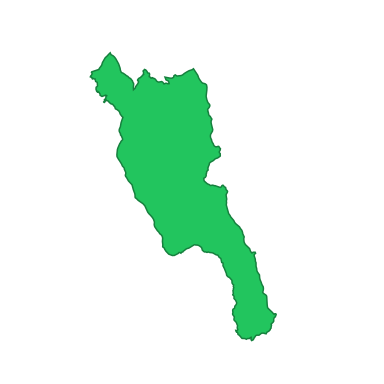 outline of North Pentecost, Penama, Vanuatu, rotated 157°
{"feature_id": "77236927B73444068942664", "entity_name": "North Pentecost", "entity_type": "district", "adm_level": 2, "iso_a3": "VUT", "parent_name": "Vanuatu", "parent_adm1": "Penama", "projection": "natural_earth1", "projection_center": [168.162, -15.542], "detail": "fine", "context": "isolated", "style": "filled", "palette": "green", "viewbox_px": 384, "rotation_deg": 157, "n_neighbors": 0, "source": "geoboundaries", "source_scale": "gbopen_adm2", "svg_char_len": 6057}
<svg xmlns="http://www.w3.org/2000/svg" viewBox="0 0 384 384"><g transform="rotate(157 192 192)"><path d="M240.6,337.7L239.7,336.8L239.5,335.1L238.8,335.4L238.3,334.6L237.6,334.1L237.1,334.0L237.5,331.4L236.4,330.0L237.5,326.6L238.0,326.2L239.3,325.9L240.2,324.1L240.4,322.0L239.9,320.7L239.5,320.5L239.2,321.0L238.6,319.8L238.4,318.1L238.8,316.9L237.5,315.1L233.7,314.9L232.8,314.1L232.8,313.9L234.0,313.4L234.6,312.1L235.3,311.6L236.5,311.3L236.8,310.1L238.1,309.4L238.0,309.0L237.8,308.7L237.3,308.8L236.6,309.4L236.1,309.6L235.4,310.5L235.1,310.5L234.9,309.5L234.1,309.0L233.4,308.0L233.2,306.8L232.0,304.6L230.8,303.9L230.2,301.6L229.8,300.7L230.0,298.5L228.7,297.0L227.7,295.1L227.5,294.1L227.6,291.5L226.9,288.8L226.4,287.8L230.2,283.5L232.5,280.0L234.4,278.2L235.0,277.1L235.3,276.0L235.1,273.3L235.5,272.6L235.1,271.2L235.1,268.4L235.3,267.6L235.7,267.1L237.5,266.4L238.3,265.6L239.7,264.7L243.1,261.4L244.1,260.2L245.8,257.1L246.6,255.6L247.2,253.8L246.8,250.4L246.5,249.2L245.9,245.3L245.9,243.0L245.1,241.0L245.1,240.2L245.4,239.4L245.3,236.2L245.8,234.7L246.8,233.6L247.0,232.2L246.6,231.0L246.2,227.1L244.4,222.1L245.1,217.0L245.3,212.7L245.9,210.7L246.4,209.6L246.4,208.7L245.8,207.9L244.8,205.3L241.7,200.4L240.8,197.7L240.6,190.7L240.1,188.7L239.3,186.8L238.4,183.9L238.1,181.8L238.3,179.1L239.6,176.6L239.9,174.7L239.0,170.0L238.2,168.0L238.0,166.2L237.3,165.1L236.8,163.6L236.8,162.3L237.1,160.9L238.6,157.9L239.5,154.8L240.3,153.3L240.3,152.6L239.5,151.5L239.5,149.9L239.1,147.6L237.7,143.9L234.9,141.2L233.0,140.5L228.8,140.8L227.8,141.4L227.3,141.3L226.1,140.0L225.6,140.6L223.8,140.4L223.4,140.8L219.2,141.9L216.8,141.6L210.9,142.5L210.3,142.5L209.2,141.7L207.8,141.1L206.4,139.8L205.4,138.1L204.9,137.0L205.2,134.2L204.8,133.9L204.7,133.1L204.0,132.0L202.8,131.5L201.8,130.5L200.5,130.5L199.4,129.4L197.2,128.2L196.5,127.6L194.3,124.7L192.9,123.8L192.5,121.2L191.5,119.7L191.5,119.1L192.2,115.5L191.3,114.7L191.4,113.9L192.3,112.0L192.1,109.3L192.2,103.6L192.6,102.0L192.3,100.5L191.8,99.6L190.9,98.6L189.8,95.2L189.9,94.7L190.7,92.6L190.5,91.2L190.0,90.2L190.9,88.9L190.9,87.6L191.7,86.9L192.1,85.8L192.8,85.3L193.7,82.2L194.6,81.6L194.6,81.1L194.1,79.9L194.1,79.2L194.9,77.8L194.9,77.3L194.2,75.5L194.1,72.8L194.7,71.7L195.2,71.2L197.1,70.2L198.4,68.3L200.0,68.1L200.6,67.5L201.0,66.7L201.3,65.3L202.3,63.9L202.4,63.1L201.8,60.6L203.1,58.5L203.3,57.6L202.2,54.7L202.3,52.7L202.2,51.4L203.5,49.2L203.5,48.0L203.6,47.4L204.0,47.1L205.1,46.7L205.5,47.5L205.8,47.6L205.9,46.4L205.7,45.5L205.0,45.0L205.0,44.1L205.3,43.2L205.1,42.5L204.6,42.0L204.1,40.6L203.2,37.7L200.5,36.4L199.5,35.2L197.9,35.4L196.6,34.7L195.0,35.2L194.3,35.1L195.4,33.0L195.1,31.9L193.2,32.1L192.3,33.0L189.3,34.9L188.3,34.9L186.3,34.0L183.3,34.8L182.4,34.6L180.8,33.9L180.7,33.6L179.2,32.5L177.9,33.6L175.5,33.9L173.8,34.7L173.2,35.5L172.4,35.8L171.9,36.9L170.8,38.4L170.8,39.5L168.3,40.4L167.2,41.2L166.5,43.0L166.0,43.6L165.1,44.4L164.0,44.5L163.4,45.4L162.5,46.1L162.4,46.5L162.4,47.0L162.7,47.3L163.4,47.6L164.1,47.3L164.5,47.9L165.1,49.8L167.5,55.4L167.5,56.5L166.8,59.0L164.1,66.5L164.0,67.4L164.2,68.2L165.8,70.7L166.1,72.0L164.6,74.0L163.9,75.4L163.5,76.9L163.8,79.7L163.6,81.9L163.6,84.7L163.3,86.4L162.3,89.3L163.0,92.7L163.0,94.3L162.3,96.5L162.1,98.5L160.7,101.9L160.7,103.5L160.0,105.4L159.7,108.9L159.3,109.9L158.9,110.3L157.5,110.6L157.4,111.0L157.4,111.9L157.6,112.0L159.0,112.6L159.5,112.7L160.2,112.4L160.8,112.6L161.3,114.5L161.1,117.4L163.4,122.8L163.6,124.7L163.5,126.0L162.6,128.8L161.5,130.3L161.6,133.8L161.2,135.3L161.1,137.3L161.7,139.5L161.9,141.3L164.0,145.5L164.6,147.2L164.7,149.5L166.1,154.0L166.2,155.7L166.7,157.8L165.5,166.7L164.3,168.8L163.9,170.3L162.8,171.9L161.9,175.6L161.5,176.4L160.2,177.4L159.3,178.2L159.0,178.8L159.2,179.7L159.7,180.8L159.3,183.1L160.2,184.1L160.6,185.8L160.9,186.2L161.9,186.2L163.3,185.2L164.3,185.2L168.4,188.9L168.9,189.0L170.2,190.2L172.5,190.8L173.5,192.4L174.4,193.2L175.0,194.2L176.4,197.2L176.4,198.1L175.8,200.0L174.0,200.3L172.9,201.1L172.2,202.1L172.1,203.0L171.2,203.7L170.5,205.1L168.6,205.9L168.0,207.9L166.4,209.6L165.6,210.3L164.7,211.7L163.4,212.2L160.0,212.6L157.5,213.5L155.1,213.3L152.2,213.9L151.8,214.3L151.0,216.4L151.4,217.3L151.3,218.2L151.0,218.6L150.0,219.2L148.9,220.7L149.3,221.9L149.5,223.4L150.0,223.8L151.8,224.0L152.7,224.5L153.4,225.5L153.7,226.4L153.6,228.0L153.9,229.8L153.9,231.2L153.6,232.4L153.7,234.6L153.2,236.4L152.3,237.8L149.4,240.0L148.5,241.4L147.8,246.0L147.3,248.5L146.4,250.3L145.6,250.8L145.2,251.4L145.6,253.4L145.6,254.5L146.2,255.2L146.4,256.6L145.8,259.2L146.1,259.8L145.7,260.2L145.4,261.7L144.9,262.2L143.2,263.1L141.9,264.3L141.6,265.7L142.2,267.4L142.4,268.3L142.3,271.1L141.6,274.6L138.6,279.9L137.3,282.6L136.8,284.9L137.4,286.2L138.8,287.5L139.6,287.9L140.2,289.0L140.7,290.8L141.3,294.0L141.1,297.2L142.5,304.9L144.1,304.5L147.2,304.8L149.5,304.6L152.8,304.1L154.7,303.5L156.3,303.4L160.5,304.6L161.7,306.4L163.3,306.0L163.9,305.0L164.6,304.7L166.0,304.6L167.7,305.4L172.0,308.3L172.1,305.3L170.5,303.6L170.4,302.5L170.7,300.7L171.9,301.0L172.6,301.8L173.7,302.4L175.5,302.4L176.0,304.4L176.7,305.5L179.9,306.2L181.2,307.8L181.5,309.6L182.1,311.0L183.2,311.7L183.4,312.4L183.8,312.7L184.1,312.9L184.6,312.6L185.2,312.7L185.8,314.4L186.3,314.9L185.0,316.9L184.9,318.0L186.3,319.0L186.3,320.6L186.9,322.5L187.9,323.4L188.5,322.9L189.5,322.7L189.8,322.4L189.8,321.1L190.5,319.9L190.6,319.0L191.9,318.9L193.0,318.1L193.8,318.0L194.6,317.5L196.2,317.5L197.3,317.1L198.4,316.3L198.4,315.5L198.0,315.1L198.3,314.1L199.5,312.9L202.7,311.0L203.9,309.7L205.9,309.0L205.0,311.5L203.7,313.7L203.3,314.9L203.6,316.0L203.4,317.4L204.2,320.5L205.1,321.4L206.0,323.7L207.0,324.8L207.4,325.8L209.0,328.3L210.0,329.2L210.4,330.2L210.3,332.1L209.8,334.2L209.5,338.5L210.1,344.4L210.6,346.5L211.4,348.2L212.9,350.1L212.9,352.1L215.7,351.0L216.0,350.7L219.4,349.5L223.8,346.2L225.6,344.0L229.2,341.9L229.8,341.2L237.3,341.8L237.8,341.4L237.6,340.2L237.9,339.7L238.6,339.0L240.0,338.3L240.6,337.7Z" fill="#22c55e" stroke="#15803d" stroke-width="1.5"/></g></svg>